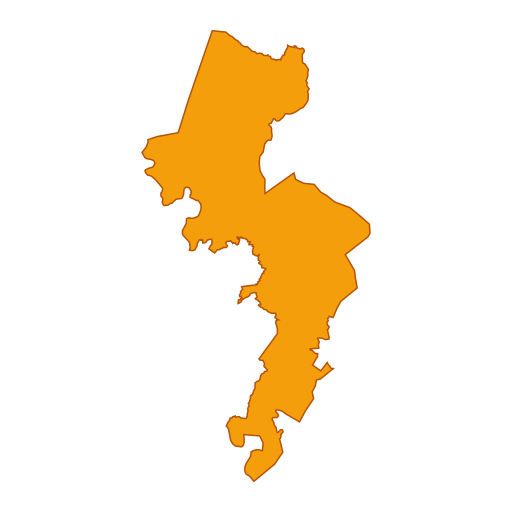 Igualapa, Guerrero, Mexico (Natural Earth projection)
{"feature_id": "50627088B45724771957529", "entity_name": "Igualapa", "entity_type": "district", "adm_level": 2, "iso_a3": "MEX", "parent_name": "Mexico", "parent_adm1": "Guerrero", "projection": "natural_earth1", "projection_center": [-98.499, 16.781], "detail": "fine", "context": "isolated", "style": "filled", "palette": "amber", "viewbox_px": 512, "rotation_deg": 0, "n_neighbors": 0, "source": "geoboundaries", "source_scale": "gbopen_adm2", "svg_char_len": 6066}
<svg xmlns="http://www.w3.org/2000/svg" viewBox="0 0 512 512"><path d="M253.9,481.3L274.6,464.2L282.8,452.2L279.6,439.0L280.7,437.6L281.1,434.5L280.9,434.3L283.0,432.1L283.0,431.1L282.2,429.8L280.8,429.8L280.2,430.1L278.1,432.4L277.2,432.3L276.8,431.7L276.2,427.7L274.3,425.1L273.7,422.0L272.1,419.4L272.5,418.2L273.8,417.4L276.7,417.7L278.5,415.9L278.1,414.4L275.8,411.6L276.0,409.9L279.6,410.1L282.9,411.6L285.2,413.5L299.5,421.9L305.4,410.9L313.6,398.7L312.2,391.8L315.4,385.6L316.4,380.0L320.4,379.0L333.2,368.6L331.3,368.3L330.6,367.8L329.8,366.2L328.6,365.2L327.2,362.5L320.8,370.9L312.5,365.0L317.7,356.3L317.3,354.9L317.7,354.2L317.6,353.6L315.3,353.5L312.2,350.4L310.3,350.1L310.1,348.8L318.8,348.2L318.9,347.5L318.4,346.1L318.6,343.9L319.3,341.9L317.6,338.5L317.9,338.1L321.6,338.0L325.1,339.5L328.8,339.2L329.2,337.8L327.4,329.6L328.1,329.2L329.2,327.0L329.0,326.3L327.5,325.2L327.0,323.2L327.1,321.9L328.2,320.9L327.6,318.4L328.6,317.8L329.1,316.4L333.1,317.5L337.1,308.0L340.9,301.3L357.2,287.9L355.3,277.5L354.5,270.5L345.3,254.6L367.9,236.9L370.0,233.3L369.4,224.2L359.1,215.2L350.0,207.7L334.7,202.0L326.2,195.2L320.7,192.1L314.2,184.4L303.6,183.3L295.6,179.4L294.0,172.9L265.0,193.5L264.8,188.2L264.9,179.2L262.0,174.7L260.0,170.7L259.2,162.5L259.9,156.3L263.2,152.0L264.6,144.4L266.2,141.9L267.7,140.4L268.7,140.0L270.5,140.3L271.0,140.0L271.9,137.3L272.1,135.1L271.6,132.4L271.6,128.4L271.0,126.9L269.2,125.3L268.9,124.4L269.1,123.8L271.3,123.0L273.6,118.7L275.1,119.0L275.8,120.4L276.9,121.0L279.2,120.7L283.0,117.4L285.1,114.1L285.8,113.6L288.1,114.0L291.0,113.9L295.8,111.9L300.7,108.4L303.2,107.4L306.8,102.7L308.2,99.2L308.3,94.2L307.5,91.5L309.1,88.9L306.9,85.7L306.6,84.5L307.4,83.0L305.9,80.5L306.7,79.3L307.9,75.5L307.7,73.0L308.4,69.4L305.0,64.1L302.8,62.8L302.5,61.8L302.2,55.2L302.6,53.9L304.3,51.5L303.8,49.2L302.3,48.0L300.6,49.0L297.2,48.0L295.7,46.0L294.2,46.0L294.6,47.5L289.1,46.3L287.7,45.3L287.4,48.2L286.0,50.0L285.6,51.7L284.7,52.3L284.5,54.9L282.7,55.3L281.7,57.7L281.1,58.1L280.7,60.0L279.6,59.5L276.8,59.8L276.3,60.3L274.7,59.3L272.0,59.1L271.4,58.7L270.9,58.1L270.5,56.5L269.3,56.5L267.8,54.9L266.2,55.6L264.2,55.4L263.0,54.8L261.9,53.5L259.4,53.2L257.1,53.6L254.9,51.8L252.3,51.4L247.5,46.8L244.2,46.6L241.4,45.1L240.5,43.3L239.2,42.4L237.5,40.6L235.2,39.5L232.3,36.6L230.0,35.8L225.9,32.1L212.3,30.7L188.5,99.8L178.2,132.7L157.1,136.6L147.9,139.7L148.1,142.3L146.2,147.1L142.0,152.5L144.6,157.1L145.6,158.1L146.9,158.7L151.1,159.5L153.5,160.6L154.4,161.7L154.8,163.8L153.5,166.2L152.3,167.3L148.5,168.3L145.5,169.9L145.0,170.7L145.2,171.8L146.3,173.7L147.6,175.1L151.1,175.9L154.5,178.7L158.2,182.7L162.8,188.5L162.0,191.7L160.9,193.1L161.1,194.3L160.8,194.8L161.1,196.3L162.7,198.2L162.8,200.2L162.2,201.8L162.4,203.0L163.7,205.3L164.6,205.6L168.4,204.9L169.9,203.7L171.9,203.2L176.1,199.2L181.3,198.5L182.3,197.7L183.5,195.0L184.0,189.6L185.3,187.7L186.3,187.1L189.4,188.0L191.0,190.6L191.1,193.7L190.1,195.3L190.0,197.2L196.7,200.6L198.0,200.4L200.6,203.8L201.1,206.4L201.0,209.0L199.3,214.2L197.9,216.4L193.9,218.1L191.7,218.3L188.6,217.8L186.5,218.7L186.3,223.3L182.5,230.5L182.3,233.0L183.2,235.4L189.1,241.8L189.6,243.0L190.2,247.8L189.4,250.2L192.5,250.7L195.0,249.7L197.0,245.9L197.2,243.7L199.4,239.9L201.3,240.3L201.3,239.6L202.7,240.2L202.8,243.0L205.6,242.6L207.5,240.0L208.0,240.1L208.4,239.6L211.5,239.3L212.2,241.0L211.8,242.8L212.0,243.9L210.4,245.9L208.9,248.9L214.7,253.0L217.3,249.8L219.6,249.6L221.2,248.6L222.6,248.3L223.3,247.3L225.9,247.6L226.5,247.2L227.4,246.4L227.4,245.7L226.5,244.7L225.8,243.4L225.9,242.4L227.0,241.4L230.2,241.2L230.4,240.7L231.1,241.0L232.7,243.5L233.3,243.1L233.4,242.7L234.7,243.2L235.2,243.0L236.0,244.3L237.4,244.9L238.0,243.7L238.5,243.9L239.6,240.2L239.2,239.5L238.4,239.4L237.6,238.6L238.0,238.3L237.3,237.0L237.9,237.1L239.7,238.8L240.2,237.1L241.7,237.9L241.9,237.4L242.8,238.2L245.8,238.7L246.0,239.4L247.7,240.3L247.7,241.7L250.2,241.8L249.9,243.0L249.2,243.1L248.9,244.6L252.7,244.8L252.3,246.4L253.6,246.8L252.5,251.2L252.8,253.9L255.6,255.6L256.8,255.9L259.1,254.8L258.8,255.7L258.0,256.4L258.4,257.8L258.1,258.6L258.4,260.3L259.8,260.8L260.0,261.4L259.6,262.5L258.8,262.7L258.7,263.2L261.8,265.4L261.7,267.7L265.2,268.4L265.8,269.0L263.7,271.3L263.7,273.2L263.1,272.8L262.8,273.6L261.9,274.1L261.7,275.3L260.7,276.7L260.9,277.7L259.3,279.2L259.9,280.4L259.2,280.6L258.9,281.5L257.8,281.9L258.0,283.3L257.1,284.1L256.3,284.1L256.6,284.8L241.7,286.6L242.6,289.3L240.6,291.4L240.7,293.3L239.4,295.0L239.9,296.8L241.1,296.4L241.8,298.0L240.5,298.7L240.6,299.7L239.0,299.8L238.6,300.7L238.4,300.5L238.0,303.5L239.4,303.0L241.2,301.8L241.8,300.1L245.3,297.8L247.8,296.8L249.7,295.4L249.9,294.2L251.5,293.3L253.6,292.5L256.2,292.9L256.2,294.4L257.2,296.8L255.3,298.7L256.2,299.5L258.0,300.1L258.3,301.0L259.9,301.9L260.0,303.1L260.8,304.1L260.8,304.4L259.9,305.1L258.8,304.8L258.5,305.3L260.4,307.1L262.4,307.7L264.0,309.4L266.4,309.8L267.3,311.2L269.0,312.1L271.5,313.3L275.1,313.2L276.0,314.2L275.8,314.5L276.1,315.4L274.9,317.2L275.1,317.8L278.6,319.9L276.6,320.2L275.9,321.1L276.0,321.9L275.7,322.6L277.3,328.5L277.4,333.6L259.0,358.9L259.9,360.1L263.1,360.5L264.6,364.0L263.9,365.5L264.3,366.9L265.3,367.4L266.3,368.9L267.4,369.5L267.2,370.8L264.4,371.7L263.8,373.1L261.7,374.0L260.5,376.1L260.0,379.3L258.3,381.1L257.0,381.4L255.0,383.0L255.0,388.6L253.9,390.2L252.4,394.7L251.5,394.8L251.2,395.5L250.5,395.8L250.1,400.2L249.5,401.8L248.3,403.2L248.9,404.2L249.0,406.3L248.2,407.1L247.8,408.7L248.0,411.3L247.2,414.0L247.3,415.5L246.4,418.1L245.6,418.6L242.3,418.0L241.4,418.3L239.3,416.6L235.5,417.1L235.3,416.0L232.6,416.8L232.1,417.7L229.9,418.3L230.0,419.5L227.6,423.0L226.3,426.2L227.4,427.0L228.6,429.5L230.6,440.2L232.4,443.5L235.1,445.9L241.5,446.9L243.0,445.7L244.1,442.6L244.1,438.6L243.7,434.6L259.7,435.9L263.1,442.9L262.4,450.8L259.6,449.9L256.7,449.7L253.2,450.6L251.0,452.1L251.0,454.5L250.3,456.9L246.1,463.6L244.9,467.2L244.8,470.4L245.3,472.3L246.3,474.2L249.6,476.1L253.9,481.3Z" fill="#f59e0b" stroke="#b45309" stroke-width="1.5"/></svg>